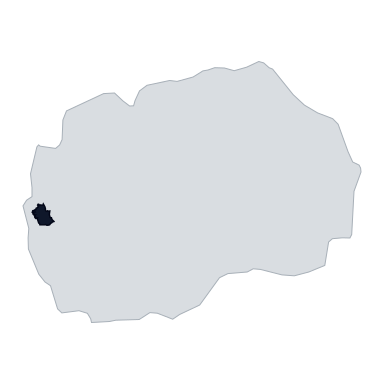 Centar Zhupa, Centar župa, North Macedonia shown in context
{"feature_id": "65306769B61721229469178", "entity_name": "Centar Zhupa", "entity_type": "district", "adm_level": 2, "iso_a3": "MKD", "parent_name": "North Macedonia", "parent_adm1": "Centar župa", "projection": "equal_earth", "projection_center": [20.582, 41.471], "detail": "fine", "context": "in_parent", "style": "filled", "palette": "ink", "viewbox_px": 384, "rotation_deg": 0, "n_neighbors": 0, "source": "geoboundaries", "source_scale": "gbopen_adm2", "svg_char_len": 1924}
<svg xmlns="http://www.w3.org/2000/svg" viewBox="0 0 384 384"><path d="M169.8,80.5L177.1,81.4L193.1,77.0L202.9,70.9L208.0,70.0L214.7,67.7L224.4,68.0L234.2,70.7L246.6,67.2L258.8,61.5L263.7,62.9L269.1,67.7L272.6,69.1L293.2,94.7L304.4,105.1L317.6,112.9L332.7,118.7L338.1,124.2L348.0,151.6L352.7,162.0L359.1,165.1L360.6,168.1L361.0,172.0L354.0,191.3L351.7,234.5L349.9,238.0L342.4,237.8L332.4,238.7L328.6,242.0L324.8,265.4L308.8,272.0L294.3,275.8L282.0,274.9L260.3,269.4L253.2,268.8L247.2,272.0L227.9,273.6L219.5,277.7L199.7,305.0L179.6,314.5L172.7,319.2L157.3,313.2L149.9,312.6L139.2,319.5L115.8,320.2L109.5,321.5L91.5,322.5L90.7,318.8L87.4,313.3L79.0,310.7L61.8,312.9L57.6,308.9L50.5,285.7L45.0,282.0L38.8,274.2L28.4,249.0L28.1,238.0L28.8,228.4L23.0,205.9L26.6,200.2L32.0,196.6L32.0,187.6L30.5,173.8L36.9,146.9L38.6,144.9L40.2,146.2L55.6,148.4L59.6,145.0L62.1,139.6L62.9,120.0L66.5,110.9L103.6,93.6L114.5,93.0L122.9,100.9L129.6,106.0L133.6,105.8L135.0,100.7L139.5,90.9L147.0,85.3L169.6,80.5L169.8,80.5Z" fill="#d9dde1" stroke="#a8b0b8" stroke-width="1"/><path d="M37.9,206.7L38.0,207.2L37.6,207.6L36.2,208.2L36.0,209.4L35.4,209.4L34.4,210.2L34.7,210.9L34.0,210.4L32.8,210.7L32.5,211.4L32.9,211.8L32.5,212.3L33.3,212.5L32.7,212.7L33.4,213.4L33.0,213.3L33.0,213.9L34.3,213.8L33.6,214.2L34.2,215.3L34.3,214.9L34.6,215.5L35.2,215.3L34.7,216.0L34.9,216.4L36.0,216.2L34.8,216.6L34.9,217.5L35.6,217.4L35.8,218.4L37.2,218.1L36.9,218.6L37.4,218.9L38.7,223.0L39.6,223.6L39.9,224.8L44.6,224.8L45.7,224.5L46.3,225.1L47.9,225.2L49.6,224.8L50.7,223.2L51.6,222.9L52.6,221.8L53.9,221.6L54.0,221.5L52.1,219.7L51.7,218.6L51.4,218.4L51.4,217.7L50.3,217.5L50.0,217.0L49.3,214.5L49.8,211.0L48.4,211.2L47.6,210.8L47.0,211.4L46.0,211.0L45.3,209.5L45.4,208.6L44.8,206.6L43.3,204.0L42.9,205.1L42.0,205.3L40.8,204.9L40.5,205.2L39.2,205.0L38.9,204.4L38.2,204.2L37.6,205.1L38.5,206.1L37.9,206.7Z" fill="#0f172a" stroke="#020617" stroke-width="1.5"/></svg>